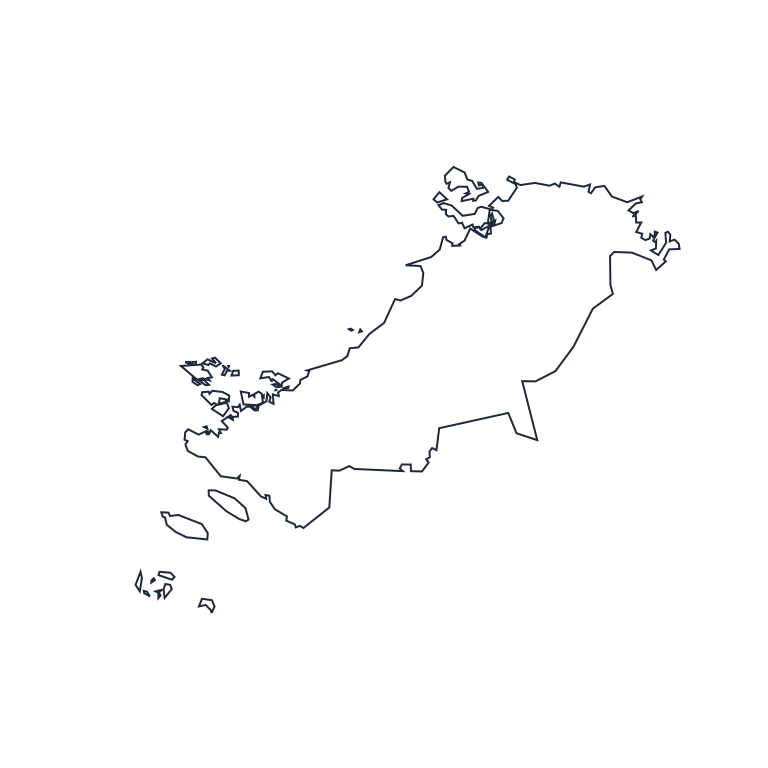 Northern Samar, Northern Samar, Philippines, rotated 323°
{"feature_id": "2640588B89959078713723", "entity_name": "Northern Samar", "entity_type": "district", "adm_level": 2, "iso_a3": "PHL", "parent_name": "Philippines", "parent_adm1": "Northern Samar", "projection": "albers", "projection_center": [124.669, 12.418], "detail": "fine", "context": "isolated", "style": "outline", "palette": "slate", "viewbox_px": 768, "rotation_deg": 323, "n_neighbors": 0, "source": "geoboundaries", "source_scale": "gbopen_adm2", "svg_char_len": 6172}
<svg xmlns="http://www.w3.org/2000/svg" viewBox="0 0 768 768"><g transform="rotate(323 384 384)"><path d="M692.8,448.1L701.3,454.0L703.8,449.4L702.9,443.5L697.9,442.1L702.6,437.0L702.4,433.2L699.6,432.7L694.3,441.0L680.7,446.1L677.6,438.0L682.7,439.4L687.6,433.5L685.9,434.0L685.2,431.4L693.6,427.7L691.9,425.3L689.8,428.1L687.5,428.3L686.9,424.7L683.6,427.7L679.3,426.3L677.5,422.1L680.6,419.3L676.9,414.4L686.6,409.8L682.6,406.8L686.7,400.7L683.0,399.9L691.5,399.1L685.9,397.6L683.8,392.5L693.8,391.4L699.3,394.0L699.9,390.6L703.0,389.6L687.6,385.2L678.8,371.4L679.3,358.5L670.9,354.0L664.1,356.2L663.0,353.6L668.6,348.7L662.3,346.6L646.5,329.4L642.8,332.0L641.0,326.7L635.6,325.3L625.6,314.3L612.7,307.2L609.9,302.0L608.2,307.2L593.5,312.4L588.6,309.0L587.8,303.4L575.1,304.9L577.2,308.9L574.4,309.7L579.0,314.1L579.2,323.7L574.6,326.2L565.3,323.0L569.3,322.0L570.9,320.6L569.3,320.7L563.5,322.7L560.0,328.2L556.7,326.5L553.9,328.8L551.5,325.8L546.4,311.8L534.5,318.0L528.2,317.5L528.5,318.7L528.3,319.3L521.6,314.7L523.4,312.8L520.6,306.6L522.1,303.6L519.5,302.4L509.4,310.2L498.2,311.0L472.7,302.2L484.2,311.8L482.2,319.0L473.5,328.3L458.8,330.0L447.3,327.2L444.0,322.8L421.0,335.2L402.2,335.3L385.6,339.4L378.2,334.8L371.7,339.6L364.9,339.7L330.8,326.9L332.2,328.6L327.3,331.9L319.8,330.4L317.1,333.1L307.1,334.2L298.6,327.1L294.4,327.0L292.7,330.3L289.0,325.4L283.8,333.4L281.7,329.1L285.5,326.3L285.3,321.1L279.7,327.1L270.8,325.9L267.4,329.1L264.7,327.2L263.4,321.5L260.6,319.5L253.5,319.5L256.3,313.7L253.4,314.6L249.3,310.9L247.6,314.9L250.1,318.9L247.8,322.1L243.3,319.2L241.8,321.8L239.8,317.0L243.0,318.9L242.9,316.5L232.1,316.0L233.0,324.9L230.9,325.8L224.9,320.8L224.2,325.0L222.8,323.6L219.7,326.3L217.8,316.6L214.1,318.8L212.3,317.6L212.5,315.7L214.9,316.8L213.9,314.6L205.5,312.9L200.4,302.3L196.1,303.0L191.2,308.5L192.8,311.5L188.9,312.9L187.0,319.3L191.8,330.0L197.3,335.1L198.1,359.4L209.7,371.0L213.4,370.5L210.5,373.2L216.2,379.2L218.1,399.9L220.8,404.8L222.6,401.3L225.2,404.3L222.0,409.3L221.4,418.2L226.8,431.3L223.7,434.3L228.3,442.4L227.2,445.4L231.3,446.6L233.0,450.5L266.0,449.7L290.3,421.5L296.3,426.4L306.8,428.6L309.2,434.0L346.6,464.9L345.7,461.0L349.8,459.0L356.9,464.4L353.0,469.8L361.7,476.7L372.3,473.6L372.4,469.5L376.5,470.1L379.7,465.3L383.8,464.1L386.1,468.4L401.5,452.5L465.8,481.9L460.2,503.1L472.6,521.1L496.1,464.9L506.6,473.1L528.6,476.9L557.7,468.3L596.1,449.5L621.0,449.8L624.4,441.2L641.5,417.9L647.3,417.1L661.0,428.2L672.0,446.2L670.0,456.7L682.8,455.7L682.4,453.0L692.8,448.1ZM134.5,357.1L129.0,352.4L128.7,352.9L127.5,356.9L128.8,358.8L125.8,365.7L128.6,376.8L133.9,387.4L149.3,401.8L153.5,397.1L154.2,386.3L140.9,364.8L133.6,360.6L134.5,357.1ZM570.1,252.5L557.9,254.3L554.8,259.4L554.5,261.8L558.1,262.6L553.5,266.2L553.9,270.2L562.2,271.2L569.0,276.5L567.5,281.8L564.1,281.0L566.3,283.4L558.2,282.5L556.1,284.7L566.9,289.8L565.5,291.4L568.0,292.7L572.8,290.7L582.8,293.3L582.8,285.1L581.0,286.9L575.7,284.1L576.6,274.7L573.6,270.9L575.7,263.7L570.1,252.5ZM542.1,308.2L550.7,310.0L549.7,312.6L554.6,315.6L554.7,317.8L561.3,316.1L563.4,318.3L573.8,308.0L568.3,301.0L564.7,299.8L558.9,302.8L548.0,297.0L545.5,282.3L540.5,275.4L535.1,273.9L535.3,279.7L538.4,282.2L535.6,285.6L536.3,289.0L540.7,291.6L540.2,300.6L543.3,302.2L542.1,308.2ZM180.0,363.4L176.9,367.7L181.5,390.6L187.0,404.5L191.0,410.5L194.2,410.8L198.7,399.7L195.9,385.4L185.3,367.5L180.0,363.4ZM232.7,247.4L237.3,268.0L242.7,270.3L246.9,276.2L246.9,273.1L250.6,275.1L251.2,267.2L247.6,263.1L249.9,261.9L249.6,258.4L232.7,247.4ZM233.9,281.1L231.6,283.0L233.6,297.0L236.9,296.8L238.0,299.8L240.3,301.2L242.3,301.2L240.6,300.0L244.2,296.5L248.4,300.9L247.2,302.4L249.6,302.5L248.9,303.6L249.6,304.5L253.4,300.2L250.3,293.3L242.8,286.1L238.7,286.9L239.4,284.7L233.9,281.1ZM276.1,326.0L280.5,318.3L279.2,314.6L274.5,314.0L272.8,316.2L272.4,313.5L268.5,312.9L270.8,310.0L265.1,303.8L259.5,315.8L269.9,324.5L276.1,326.0ZM294.6,301.3L288.7,305.1L296.4,309.2L295.9,313.7L296.2,314.1L297.7,313.0L298.1,313.2L301.2,323.7L303.6,321.5L311.3,322.4L305.8,311.6L302.6,311.7L302.3,306.6L294.6,301.3ZM247.0,304.2L236.8,299.8L231.5,300.3L236.1,312.9L245.3,310.1L246.6,307.2L247.0,304.2ZM109.4,446.0L102.3,450.3L108.6,453.1L109.6,460.4L108.8,462.4L109.2,462.7L114.7,459.8L116.5,453.2L109.4,446.0ZM257.9,258.1L251.3,258.2L255.3,263.2L257.3,262.6L260.3,268.9L266.1,269.2L264.9,261.2L262.0,260.2L262.4,265.6L261.9,265.7L257.9,258.1ZM543.7,264.2L534.7,266.3L535.7,271.0L545.5,274.5L543.7,264.2ZM550.0,313.9L549.3,316.6L553.2,327.8L563.5,321.1L554.3,319.6L554.2,316.0L550.0,313.9ZM76.5,387.5L64.7,394.9L64.2,402.6L73.9,393.3L76.5,387.5ZM88.9,412.1L84.3,415.5L80.1,422.8L91.2,420.0L92.3,415.7L88.9,412.1ZM91.7,398.9L88.9,400.9L96.9,412.8L100.6,412.0L99.9,406.2L91.7,398.9ZM266.3,271.7L266.0,276.1L260.1,279.0L261.9,281.2L266.5,278.9L268.9,280.6L266.3,271.7ZM608.8,293.6L605.3,295.0L608.6,301.9L611.5,299.3L608.8,293.6ZM267.3,285.5L273.3,289.6L276.0,285.9L271.5,282.7L267.3,285.5ZM242.6,272.4L238.6,270.0L240.8,277.6L243.7,279.3L242.6,272.4ZM234.5,264.4L232.4,267.0L234.3,272.7L237.2,273.4L234.5,264.4ZM83.2,414.8L76.8,412.2L78.2,414.9L75.0,419.2L78.2,418.5L78.9,414.8L83.2,414.8ZM67.6,404.7L66.6,406.8L69.2,412.7L69.7,407.1L67.6,404.7ZM265.3,322.0L265.5,326.7L270.1,325.9L268.6,323.8L265.3,322.0ZM294.7,317.4L296.2,321.9L300.1,324.2L297.5,318.8L294.7,317.4ZM572.9,312.9L570.4,313.6L567.1,320.2L570.3,319.5L572.9,312.9ZM580.6,279.8L579.3,282.4L582.3,284.0L582.9,282.1L580.6,279.8ZM244.5,251.3L242.5,253.4L245.7,255.0L247.3,253.1L244.5,251.3ZM83.2,400.6L80.2,400.9L78.7,402.5L83.0,402.8L83.2,400.6ZM216.9,311.1L214.4,310.1L216.0,313.5L216.9,311.1ZM389.0,319.1L389.9,321.7L391.6,322.1L390.8,319.8L389.0,319.1ZM398.0,328.6L397.9,326.2L395.4,327.7L398.0,328.6ZM238.3,246.9L241.3,251.6L242.1,251.4L242.8,249.9L238.3,246.9ZM302.4,327.5L305.2,329.5L306.3,328.7L304.4,327.7L302.4,327.5ZM565.8,318.9L563.9,318.7L564.2,320.6L565.8,318.9ZM281.1,320.7L279.4,320.8L279.8,322.4L281.1,320.7ZM271.8,277.0L270.4,275.9L270.2,276.7L271.8,277.0ZM294.2,323.6L292.4,323.5L294.3,323.9L294.2,323.6ZM246.5,303.3L244.5,302.0L244.0,302.6L246.5,303.3Z" fill="none" stroke="#1e293b" stroke-width="2"/></g></svg>